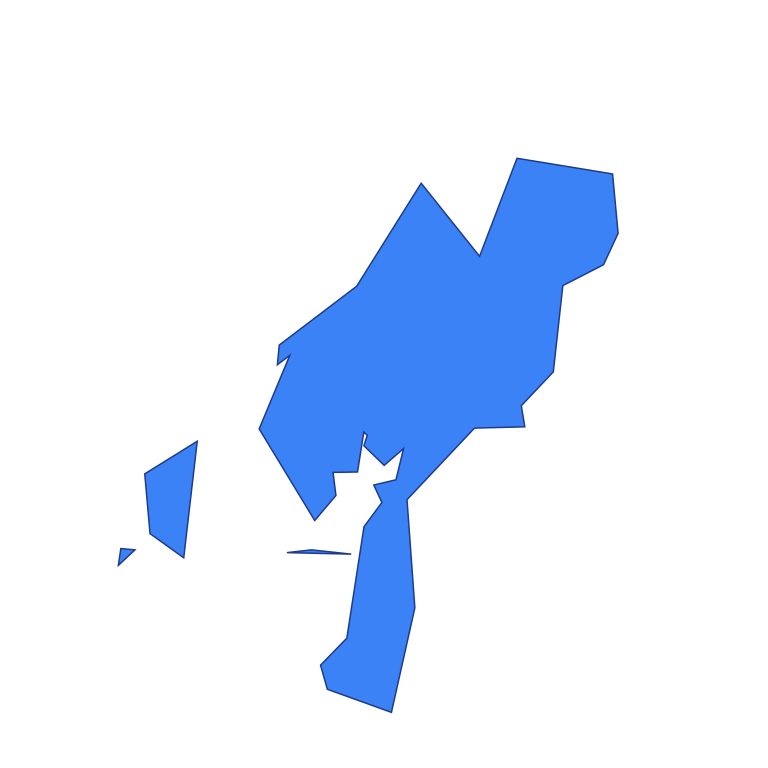 the border of Veraguas, rotated 29°
{"feature_id": "PAN-1341", "entity_name": "Veraguas", "entity_type": "Province", "adm_level": 1, "iso_a3": "PAN", "parent_name": "Panama", "parent_adm1": "", "projection": "equal_earth", "projection_center": [-81.249, 8.046], "detail": "coarse", "context": "isolated", "style": "filled", "palette": "blue", "viewbox_px": 768, "rotation_deg": 29, "n_neighbors": 0, "source": "natural_earth", "source_scale": "10m", "svg_char_len": 760}
<svg xmlns="http://www.w3.org/2000/svg" viewBox="0 0 768 768"><g transform="rotate(29 384 384)"><path d="M390.9,122.1L482.1,89.5L515.7,138.7L518.2,173.2L492.7,211.2L526.2,291.3L514.6,336.4L527.9,353.2L484.5,378.7L460.2,474.0L519.5,564.8L549.7,667.6L482.5,678.5L464.8,660.7L474.7,624.3L435.7,518.5L439.6,488.6L424.0,477.3L440.9,462.0L432.4,430.9L423.6,455.1L396.3,447.7L394.3,437.1L389.6,435.7L403.5,473.8L382.3,486.0L396.0,504.8L389.6,537.0L296.6,483.8L287.7,404.5L281.4,418.8L273.5,400.7L312.7,311.7L319.2,190.4L405.7,226.0L390.9,122.1ZM248.4,524.6L293.1,633.1L251.9,628.3L218.3,578.6L248.4,524.6ZM401.0,564.2L437.8,548.7L380.8,578.6L401.0,564.2ZM233.6,655.5L246.6,649.8L239.6,671.4L233.6,655.5Z" fill="#3b82f6" stroke="#1e3a8a" stroke-width="1.5"/></g></svg>